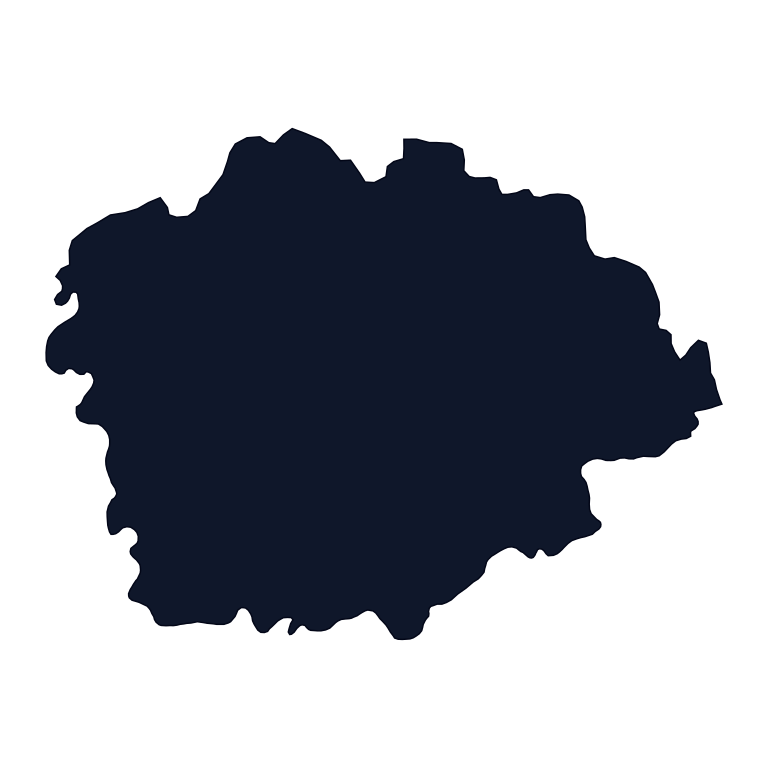 the district of Haradok, Vitebsk, Belarus
{"feature_id": "67162791B30546828632542", "entity_name": "Haradok", "entity_type": "district", "adm_level": 2, "iso_a3": "BLR", "parent_name": "Belarus", "parent_adm1": "Vitebsk", "projection": "orthographic", "projection_center": [30.062, 55.617], "detail": "fine", "context": "isolated", "style": "filled", "palette": "ink", "viewbox_px": 768, "rotation_deg": 0, "n_neighbors": 0, "source": "geoboundaries", "source_scale": "gbopen_adm2", "svg_char_len": 5613}
<svg xmlns="http://www.w3.org/2000/svg" viewBox="0 0 768 768"><path d="M721.9,404.1L720.0,399.8L716.5,389.5L714.4,379.8L710.5,373.0L709.9,362.7L708.3,352.0L706.3,343.2L698.4,340.3L690.7,347.7L685.8,355.1L680.0,360.1L674.6,351.8L671.1,343.5L671.0,334.7L666.1,330.4L659.2,329.0L657.2,323.6L659.6,314.8L659.0,302.1L655.5,292.4L652.5,284.6L645.6,272.5L639.2,267.1L626.0,261.4L614.3,257.6L605.0,259.1L594.3,255.8L589.3,248.0L585.9,239.7L585.3,227.6L584.7,216.8L582.2,207.1L578.8,200.8L569.0,195.0L557.8,194.1L550.0,194.7L540.3,197.6L533.5,196.7L528.6,189.9L523.7,189.9L516.5,192.9L507.7,194.4L501.9,194.4L498.9,189.1L496.4,179.8L490.1,177.4L484.3,177.9L475.0,178.0L469.2,176.5L463.8,170.7L464.3,160.0L462.3,149.3L451.1,143.5L436.5,142.6L429.2,142.6L416.6,139.2L403.9,139.3L404.0,148.5L403.5,158.7L393.8,161.6L387.4,166.5L386.0,176.7L374.3,182.6L365.1,182.1L359.7,173.4L350.5,160.2L340.3,160.7L329.6,147.1L321.3,140.3L305.3,133.5L292.2,128.6L283.4,134.9L275.1,143.6L268.8,142.7L260.1,136.8L247.0,137.8L235.3,144.0L229.9,152.8L227.5,161.5L223.0,174.6L214.7,185.8L208.9,193.6L200.1,198.9L195.7,210.6L187.9,216.4L176.6,217.3L168.9,214.8L167.4,207.5L160.2,197.7L148.5,202.6L137.7,208.8L125.1,212.7L110.4,215.0L96.7,223.2L87.0,228.5L72.3,240.6L69.3,250.3L69.7,264.9L61.3,268.8L55.9,276.5L60.2,280.4L62.6,285.7L62.5,288.8L61.8,291.3L57.6,294.5L54.6,299.5L56.4,304.2L61.6,305.2L65.5,303.2L67.5,301.2L69.3,298.2L70.5,294.3L72.9,292.0L76.2,292.2L77.7,294.1L78.3,298.9L79.1,302.6L79.3,306.2L79.0,308.6L77.6,312.0L75.1,315.4L71.0,318.5L64.6,322.3L58.0,326.7L54.8,329.9L51.1,334.4L49.0,337.4L47.7,340.9L46.6,346.6L46.1,352.5L46.3,360.9L48.2,365.5L51.6,369.2L55.3,371.9L59.2,373.8L61.8,373.8L64.2,373.1L65.8,370.3L68.6,368.4L72.2,368.8L73.9,370.0L76.4,372.5L79.8,374.3L82.0,374.3L83.9,374.2L86.2,371.7L88.3,372.0L91.4,373.6L92.8,376.7L94.1,380.0L93.7,383.0L92.2,386.6L90.5,389.2L87.5,392.9L84.5,396.7L81.8,402.6L80.3,404.5L77.5,406.4L76.5,406.9L76.4,408.6L76.4,410.4L76.3,412.9L77.3,416.8L80.1,420.6L83.5,422.0L88.4,423.6L95.4,423.8L98.4,424.0L102.3,426.5L104.6,429.0L106.8,431.5L108.8,435.4L109.7,439.5L109.7,443.6L109.5,446.1L108.6,449.1L107.5,451.9L106.0,458.1L105.8,460.9L106.0,464.8L107.0,469.6L108.1,472.7L109.0,475.5L110.4,478.7L111.5,482.6L113.4,485.6L115.1,488.1L116.5,492.3L116.8,494.0L115.6,496.5L114.4,498.1L111.9,499.8L110.6,502.5L108.5,506.1L107.1,511.9L107.2,516.7L107.5,521.4L107.8,525.2L108.4,528.0L109.5,531.8L111.0,534.3L113.2,534.3L115.7,533.7L118.6,531.8L120.8,529.5L122.7,527.8L126.8,526.7L130.7,527.2L134.4,529.6L136.9,532.4L138.3,536.3L138.1,541.0L137.0,543.4L134.2,545.7L130.9,548.4L130.2,551.5L130.7,553.9L132.9,556.7L134.6,558.3L136.5,559.9L139.4,563.7L140.2,565.7L140.6,570.3L140.2,573.1L137.3,579.2L135.9,580.6L133.3,584.5L131.9,587.0L130.3,589.5L128.6,593.6L128.7,596.0L129.3,597.8L132.0,600.2L135.8,601.3L139.1,602.3L147.1,606.1L149.1,608.3L150.5,610.2L151.9,613.5L153.8,616.7L154.5,619.5L156.1,622.2L159.1,624.7L161.1,625.4L166.0,625.7L170.1,625.5L173.4,625.6L177.0,625.1L180.1,624.3L183.6,623.9L186.8,623.3L191.0,623.0L197.3,621.7L203.1,622.5L206.5,623.1L206.9,623.2L210.2,623.5L213.3,623.8L216.6,624.3L220.4,624.3L224.0,624.3L228.4,622.9L230.6,621.7L235.0,616.5L236.5,613.2L237.7,610.2L241.0,607.7L242.9,607.6L245.6,608.0L248.4,610.3L250.8,614.0L252.0,616.9L252.6,620.8L254.0,623.9L255.3,626.1L257.8,630.1L260.8,632.3L264.3,632.5L267.6,631.4L269.4,628.8L271.8,626.7L274.6,624.0L277.6,621.0L280.2,619.4L283.3,617.7L287.4,617.4L291.3,617.6L293.0,619.8L290.7,623.5L289.1,628.7L288.3,632.0L289.7,634.5L291.5,634.2L294.1,632.2L296.8,628.4L299.8,625.6L302.0,624.8L305.0,625.4L306.6,627.5L308.6,629.4L310.6,630.3L313.5,630.5L317.6,630.8L320.9,630.8L325.6,629.9L329.8,628.1L332.6,625.5L335.6,622.6L337.8,621.0L341.2,619.4L345.4,618.9L349.3,618.6L351.6,618.1L353.4,617.2L357.2,615.7L359.3,614.2L362.0,612.5L365.1,610.8L367.7,610.0L373.0,610.9L375.8,613.0L377.9,615.7L379.9,618.6L382.6,621.3L386.0,625.0L387.9,627.8L390.5,632.2L393.1,635.6L394.6,638.0L398.1,639.2L402.3,639.4L405.3,639.2L409.9,638.9L413.2,637.8L416.0,636.1L419.3,633.7L421.7,630.7L422.6,627.4L423.2,624.4L425.3,620.2L426.7,618.3L428.6,616.2L428.9,613.6L428.5,611.4L429.3,608.1L430.9,606.3L432.9,605.7L437.2,604.1L442.0,604.1L446.4,602.5L451.3,599.8L457.7,594.0L465.9,588.2L473.2,582.0L478.3,578.8L481.5,575.4L484.0,572.2L484.7,568.5L485.6,565.6L486.5,562.0L488.1,559.5L491.5,556.2L494.5,554.4L497.6,552.4L500.4,550.7L504.0,548.8L507.8,547.2L511.9,546.8L516.6,548.1L518.6,549.8L520.8,551.5L523.1,552.5L526.5,555.5L528.1,556.9L529.9,557.8L531.6,558.0L533.2,557.4L534.3,556.0L535.1,554.8L535.8,553.0L536.5,551.9L537.5,549.7L539.1,548.8L541.6,549.0L543.7,550.5L544.7,551.8L546.1,553.8L548.2,555.7L553.5,555.3L557.2,553.7L559.4,552.0L562.2,549.4L563.8,547.6L568.0,543.4L571.8,540.6L576.7,538.8L580.7,537.6L584.9,536.7L587.6,535.8L592.4,534.2L595.2,531.5L598.9,529.0L600.6,526.7L600.9,524.4L600.4,522.3L598.9,520.9L596.7,519.5L594.0,516.7L591.1,513.7L589.6,509.5L589.2,504.1L589.5,498.1L589.0,494.4L587.9,490.1L587.1,486.2L586.0,482.5L584.1,479.5L581.4,476.5L580.6,473.3L580.6,469.8L581.7,466.0L584.9,463.4L587.9,461.2L592.7,459.1L597.3,458.4L601.3,458.9L606.0,460.4L610.9,460.5L614.2,460.3L620.1,458.1L624.7,457.9L628.9,458.8L633.6,458.9L636.7,457.7L643.3,456.2L648.8,456.5L655.3,456.7L659.1,455.8L664.2,451.8L667.6,448.2L671.5,444.1L675.7,440.8L681.2,439.1L686.3,438.5L690.7,436.2L690.5,432.6L691.0,431.0L692.8,429.9L694.9,428.6L697.0,426.0L698.1,424.2L698.1,421.5L697.1,418.9L694.8,416.2L693.6,413.4L694.2,411.7L696.9,410.7L701.8,409.9L705.4,409.2L711.8,407.5L714.8,406.4L721.9,404.1Z" fill="#0f172a" stroke="#020617" stroke-width="1.5"/></svg>